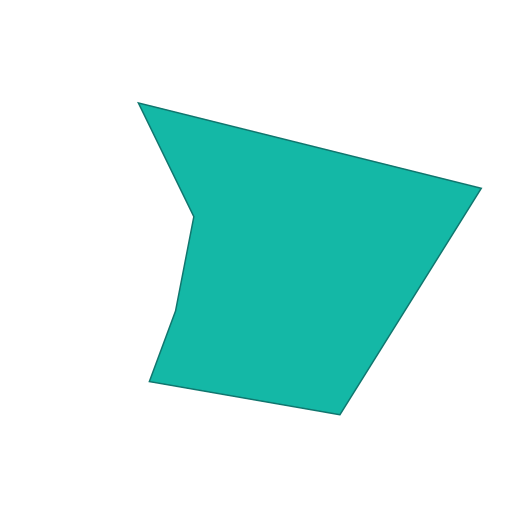 outline of Saint John Figtree, rotated 296°
{"feature_id": "KNA-5105", "entity_name": "Saint John Figtree", "entity_type": "Parish", "adm_level": 1, "iso_a3": "KNA", "parent_name": "Saint Kitts and Nevis", "parent_adm1": "", "projection": "equal_earth", "projection_center": [-62.592, 17.123], "detail": "fine", "context": "isolated", "style": "filled", "palette": "teal", "viewbox_px": 512, "rotation_deg": 296, "n_neighbors": 0, "source": "natural_earth", "source_scale": "10m", "svg_char_len": 253}
<svg xmlns="http://www.w3.org/2000/svg" viewBox="0 0 512 512"><g transform="rotate(296 256 256)"><path d="M415.6,428.8L150.1,401.0L96.4,215.2L171.3,207.8L264.1,182.9L342.0,83.2L415.6,428.8Z" fill="#14b8a6" stroke="#0f766e" stroke-width="1.5"/></g></svg>